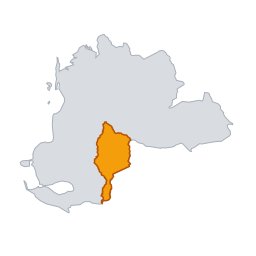 Venezuela, with Apure highlighted, rotated 276°
{"feature_id": "VEN-25", "entity_name": "Apure", "entity_type": "State", "adm_level": 1, "iso_a3": "VEN", "parent_name": "Venezuela", "parent_adm1": "", "projection": "equal_earth", "projection_center": [-69.326, 7.078], "detail": "fine", "context": "in_parent", "style": "filled", "palette": "amber", "viewbox_px": 256, "rotation_deg": 276, "n_neighbors": 0, "source": "natural_earth", "source_scale": "10m", "svg_char_len": 8655}
<svg xmlns="http://www.w3.org/2000/svg" viewBox="0 0 256 256"><g transform="rotate(276 128 128)"><path d="M216.1,89.5L218.6,93.9L218.4,94.9L216.8,95.9L215.9,98.4L214.0,99.5L211.3,102.5L209.5,102.8L206.8,107.8L208.4,111.7L208.0,113.6L208.7,114.6L211.9,114.7L212.2,115.8L211.8,117.4L211.2,118.4L206.9,121.6L204.8,121.3L204.0,122.3L201.2,123.0L200.4,124.9L201.1,127.4L201.5,131.6L198.0,136.6L206.8,150.0L207.7,150.6L208.6,153.7L208.3,155.6L206.8,157.7L204.6,159.3L203.3,162.0L202.0,162.6L199.6,162.4L198.4,163.9L196.9,164.4L195.9,166.5L187.9,169.9L184.4,168.9L180.4,171.4L179.7,177.6L178.4,179.1L176.9,179.1L171.9,172.7L169.4,173.6L167.7,172.8L162.8,173.0L160.5,169.4L155.3,169.2L153.3,166.7L152.4,166.7L152.0,167.5L154.1,171.5L160.1,179.2L160.1,186.1L163.0,195.8L162.5,198.8L164.1,199.8L171.3,200.5L171.3,203.9L170.3,205.5L168.9,205.8L165.2,208.4L163.0,209.2L161.6,214.9L160.4,216.5L159.0,217.8L156.6,217.9L153.3,221.5L152.1,221.4L149.3,223.2L144.8,228.5L143.3,231.7L142.2,231.7L142.6,228.9L142.1,227.4L141.0,226.6L140.0,226.5L138.8,227.2L135.4,230.0L132.2,230.6L130.4,229.3L124.4,222.0L124.3,219.6L122.9,213.7L119.8,203.0L119.9,200.9L115.1,195.4L114.4,193.6L112.4,192.8L111.2,193.6L111.5,191.8L118.0,184.0L118.5,182.3L116.0,177.3L114.6,175.9L113.8,174.2L112.2,168.1L111.8,163.5L111.2,162.5L111.9,151.2L111.6,148.7L112.1,146.8L113.4,145.5L114.1,143.5L114.2,140.8L115.0,138.5L116.3,136.8L116.8,135.1L116.2,132.3L115.0,131.1L111.1,130.3L110.1,131.1L102.9,132.7L99.4,132.7L96.7,131.9L94.6,132.2L92.2,133.7L91.0,132.8L90.1,133.3L80.7,118.3L77.2,117.9L72.5,115.8L68.8,117.5L67.3,117.7L60.7,116.9L57.0,117.6L55.5,116.9L54.5,115.7L52.8,110.8L50.3,110.0L49.3,108.0L49.6,100.0L50.8,97.8L50.4,94.2L50.1,92.5L46.7,88.1L45.0,79.4L42.8,78.9L42.2,77.0L41.5,76.7L39.7,77.9L37.8,78.3L37.4,77.9L42.3,67.2L44.1,54.5L46.6,48.3L49.8,43.3L52.5,41.9L56.4,33.4L64.9,29.9L62.6,32.5L57.6,34.1L56.4,35.2L56.5,38.0L58.0,42.0L60.6,45.1L59.4,45.5L59.9,48.3L61.1,50.3L61.2,51.5L60.2,55.4L56.3,61.4L54.2,66.7L55.8,69.8L56.0,71.4L58.9,75.3L58.6,76.9L59.9,80.1L61.9,80.5L65.8,78.5L67.9,75.1L68.4,68.7L68.0,66.4L65.6,60.8L63.9,58.6L62.5,53.8L61.8,49.4L63.0,48.3L62.8,46.0L65.6,45.4L71.5,41.6L75.2,40.7L79.4,38.7L81.2,36.1L81.8,35.9L84.0,37.4L85.1,36.9L85.5,35.7L84.9,33.3L79.9,34.2L78.7,29.5L79.8,25.7L82.4,24.3L84.3,26.5L85.6,33.3L87.4,36.8L92.7,36.1L98.1,37.6L103.8,42.5L105.5,47.5L104.8,48.8L105.2,51.0L106.0,53.1L107.3,54.5L110.9,54.9L122.6,52.4L132.5,52.0L134.4,53.0L134.6,54.9L137.9,58.7L147.5,62.1L151.2,61.6L160.0,55.1L164.8,55.3L166.1,54.3L164.4,53.3L160.4,52.9L159.3,53.6L158.6,51.9L164.2,51.4L169.3,51.8L173.3,50.6L176.6,50.7L179.9,49.9L186.0,50.8L190.8,50.0L190.3,51.1L186.1,52.0L184.2,53.5L180.0,53.2L177.1,53.8L178.0,54.2L178.0,55.8L178.8,56.2L180.1,58.2L180.5,59.8L179.4,62.4L180.6,62.1L181.3,61.3L181.3,59.5L182.0,59.8L185.1,67.3L186.4,65.5L187.3,66.6L187.3,63.7L188.3,63.8L190.6,65.7L192.9,70.0L192.5,66.7L194.4,66.7L194.8,65.3L198.6,70.0L202.6,71.3L205.6,74.9L204.9,76.6L203.2,77.5L202.5,78.6L201.2,84.2L199.6,88.6L194.6,88.6L198.9,92.0L200.3,90.6L202.4,90.5L205.6,88.7L209.9,89.5L211.7,88.1L214.1,88.3L216.1,89.5ZM164.5,43.0L164.9,45.4L163.6,47.4L161.8,47.5L160.4,46.1L159.6,46.4L157.1,45.7L157.8,44.5L159.6,43.8L161.0,45.3L162.1,45.4L162.4,44.2L163.9,42.4L164.5,43.0ZM204.7,82.3L202.1,84.1L201.9,82.3L204.0,80.1L204.9,81.4L204.7,82.3ZM146.3,47.1L145.6,47.5L143.6,46.5L144.1,45.9L145.1,45.9L146.3,47.1ZM205.2,78.9L203.6,79.5L204.1,78.1L205.7,77.4L206.4,77.7L205.2,78.9Z" fill="#d9dde1" stroke="#a8b0b8" stroke-width="1"/><path d="M51.3,110.4L50.6,110.2L50.3,110.1L50.9,109.7L51.1,109.5L51.3,109.3L51.6,109.3L52.3,109.5L52.6,109.5L53.1,109.3L53.3,109.4L53.5,109.6L53.7,109.9L53.8,110.0L54.3,110.4L54.7,110.7L55.3,110.9L55.5,110.9L55.9,110.8L56.0,110.7L56.6,110.2L57.0,110.0L57.2,109.9L57.3,109.8L57.5,109.4L57.8,108.6L57.7,108.5L57.9,108.4L58.2,108.5L59.0,108.8L59.3,109.3L59.4,109.5L59.6,109.5L60.2,109.6L60.4,109.6L60.6,109.5L60.6,109.3L60.9,109.5L61.0,109.5L61.3,109.3L61.5,109.3L61.9,109.5L62.0,109.5L62.3,109.5L62.4,109.3L62.7,109.1L62.9,109.1L63.4,109.2L64.4,109.1L64.9,109.2L65.4,109.4L65.7,109.2L66.0,109.5L66.3,109.9L66.5,110.1L66.8,110.2L67.1,110.5L67.3,110.5L67.6,110.4L68.2,110.6L68.7,110.9L69.3,111.3L69.7,111.9L69.9,111.8L70.2,111.9L70.4,112.1L70.7,112.3L70.9,112.2L71.5,111.9L72.2,112.0L72.9,112.2L73.5,112.3L74.0,112.1L74.3,111.5L74.5,111.4L74.8,111.5L75.1,111.4L75.3,111.2L75.6,110.8L75.7,110.5L75.9,110.6L76.0,110.6L76.2,110.1L76.2,109.8L76.4,109.7L76.7,109.7L77.0,109.7L77.5,109.3L77.8,108.8L78.1,108.1L78.4,106.8L78.5,106.5L79.2,106.3L79.3,106.3L79.6,106.5L80.0,106.5L80.3,106.3L80.6,106.1L80.8,105.8L80.8,105.4L81.0,105.0L81.3,104.6L81.6,104.4L82.2,103.8L82.4,103.8L83.1,103.8L83.3,103.8L83.5,103.6L84.1,102.9L84.3,102.8L84.6,102.9L84.8,102.7L85.2,102.4L85.4,102.4L85.7,102.3L86.0,102.2L88.1,100.3L89.6,98.3L89.9,98.1L90.2,98.1L90.9,98.3L91.4,98.3L93.0,98.0L93.3,98.1L93.8,98.5L94.0,98.6L94.2,99.2L94.3,99.3L94.8,99.5L95.1,99.8L95.2,99.7L95.3,99.6L95.9,99.5L96.1,99.4L96.4,99.9L96.6,100.3L96.5,100.6L96.8,100.6L97.3,101.0L98.2,101.2L99.4,100.9L99.6,100.8L99.8,100.6L100.5,100.0L100.7,99.9L101.6,100.0L101.9,100.1L102.4,100.5L102.7,100.5L103.0,100.3L103.5,99.8L103.8,99.6L104.0,99.5L104.3,99.7L104.6,100.0L104.9,100.0L105.2,99.9L105.5,99.9L105.6,100.1L105.8,100.2L106.1,100.0L106.5,99.6L106.9,99.5L107.1,99.4L107.3,99.1L107.8,98.9L108.2,98.6L108.5,98.5L109.8,98.4L110.1,98.5L110.5,98.8L110.8,98.9L111.1,98.8L111.7,99.0L113.0,99.1L113.6,99.3L113.9,99.4L114.2,99.5L114.5,99.4L114.6,99.6L115.0,99.8L115.3,100.1L115.4,100.4L115.3,100.7L115.4,100.9L115.5,100.9L115.8,100.9L116.2,101.1L116.3,101.1L116.8,101.1L117.1,101.0L117.3,101.0L118.1,101.4L118.2,101.6L118.3,102.0L118.5,102.2L119.0,102.5L119.4,102.9L119.6,103.0L120.2,103.2L120.5,103.4L120.7,103.5L121.1,103.5L121.6,103.1L121.9,103.0L122.4,103.6L122.7,103.5L123.0,103.3L123.3,103.2L123.4,103.3L123.5,103.4L124.9,103.7L125.2,103.6L125.3,103.6L125.4,103.8L125.5,103.8L125.8,103.8L127.1,103.3L127.4,103.3L127.7,103.3L127.8,103.3L128.3,103.1L128.6,103.1L128.7,102.8L128.8,102.7L129.1,102.8L129.3,103.2L129.6,103.4L129.7,103.5L129.9,104.0L130.3,104.2L130.7,104.3L131.2,104.1L131.3,104.2L131.6,104.7L131.7,105.0L131.7,105.3L131.6,105.7L131.4,105.7L131.1,105.9L130.5,106.3L130.3,106.6L130.1,107.0L130.0,107.5L129.8,107.8L129.6,108.4L129.5,108.5L129.1,108.9L129.1,109.0L128.9,109.7L128.1,111.3L127.8,111.6L127.5,111.8L127.0,111.9L126.8,112.0L126.5,112.4L126.4,112.5L126.2,112.6L125.7,112.6L125.4,112.8L124.7,113.5L124.1,113.8L123.9,113.9L123.7,114.2L123.6,114.4L123.3,114.5L122.7,114.6L121.6,115.8L121.4,116.3L121.5,117.0L121.8,117.8L122.1,118.6L122.2,119.0L122.1,119.4L121.9,119.7L121.8,120.1L122.0,120.3L122.1,120.7L122.1,121.4L122.0,121.9L121.8,122.2L121.5,122.4L121.3,122.8L120.9,124.0L120.7,126.0L120.7,126.3L120.9,126.7L120.9,126.9L120.8,127.2L120.6,127.5L120.4,127.8L119.8,128.2L119.7,128.3L119.4,128.7L119.2,128.8L118.9,129.0L118.7,129.7L118.3,130.6L118.1,130.9L117.9,131.1L117.7,131.1L117.3,131.1L117.1,131.2L117.0,131.3L116.8,131.7L116.6,131.9L116.1,131.9L115.7,131.5L115.4,131.0L115.0,130.7L112.9,130.0L111.9,129.9L111.7,129.8L111.4,130.0L111.2,130.3L111.0,130.5L110.9,130.5L110.7,130.5L110.5,130.8L110.4,131.0L110.3,131.3L110.0,131.4L109.5,131.6L109.0,131.7L107.3,131.5L106.7,131.6L105.2,132.3L104.7,132.3L103.8,132.0L103.5,132.0L103.2,132.0L102.2,132.4L101.4,132.4L101.3,132.5L100.9,133.0L100.7,133.1L100.4,133.0L99.8,132.7L99.6,132.6L99.3,132.5L98.4,132.2L98.1,132.1L97.3,132.2L97.0,132.1L96.7,132.0L96.3,131.9L96.1,132.0L95.6,131.6L95.3,131.6L95.0,131.6L94.7,131.7L94.4,132.2L94.1,132.4L93.3,133.5L92.5,134.1L92.2,133.8L91.6,132.9L91.4,132.7L91.0,132.8L90.4,133.2L90.0,133.3L89.9,133.3L81.1,118.5L80.7,117.9L80.3,117.8L79.8,117.9L79.3,118.0L78.6,118.6L78.1,118.6L76.7,117.7L76.4,117.4L76.2,117.3L75.9,117.4L75.6,117.3L75.4,117.2L74.7,116.0L74.7,115.9L74.4,115.9L74.1,116.1L73.8,116.1L73.3,115.9L73.1,115.7L72.6,115.7L71.8,115.9L71.2,116.0L70.7,116.2L70.4,116.2L70.3,116.3L70.2,116.5L69.5,117.3L68.8,117.6L68.1,117.7L67.2,117.6L66.9,117.9L66.8,118.0L66.5,118.1L66.4,118.1L66.1,117.9L65.5,117.8L65.3,117.7L65.2,117.5L65.2,117.1L64.9,117.0L64.3,117.1L64.1,117.1L63.7,116.9L63.4,116.9L63.2,116.9L62.9,117.2L62.7,117.2L62.5,116.9L62.2,116.8L61.9,116.9L61.9,117.0L61.6,116.9L61.5,116.7L61.4,116.7L61.2,116.9L60.9,116.8L60.8,116.6L60.7,116.5L60.2,116.5L60.0,116.9L59.6,116.8L59.3,116.8L59.0,116.9L58.6,116.9L58.7,117.2L58.6,117.3L58.4,117.3L57.8,117.7L57.6,117.7L57.2,117.7L55.7,117.2L55.2,116.7L54.7,116.4L54.5,116.2L54.3,115.9L53.5,114.0L53.4,113.5L53.3,112.9L53.3,112.4L53.3,112.2L53.4,111.5L53.4,111.4L52.8,110.6L52.4,110.4L51.3,110.4Z" fill="#f59e0b" stroke="#b45309" stroke-width="1.5"/></g></svg>